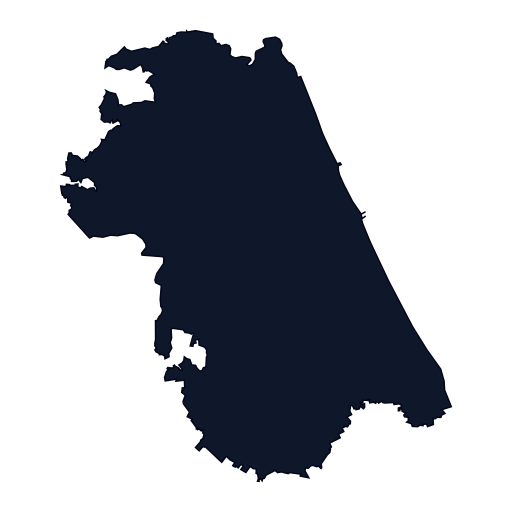 Tuxpan, Veracruz, Mexico (Albers equal-area conic projection)
{"feature_id": "50627088B36827584115772", "entity_name": "Tuxpan", "entity_type": "district", "adm_level": 2, "iso_a3": "MEX", "parent_name": "Mexico", "parent_adm1": "Veracruz", "projection": "albers", "projection_center": [-97.453, 20.934], "detail": "fine", "context": "isolated", "style": "filled", "palette": "ink", "viewbox_px": 512, "rotation_deg": 0, "n_neighbors": 0, "source": "geoboundaries", "source_scale": "gbopen_adm2", "svg_char_len": 5950}
<svg xmlns="http://www.w3.org/2000/svg" viewBox="0 0 512 512"><path d="M451.3,406.7L444.6,390.0L444.1,381.2L440.7,369.1L427.0,350.0L412.5,326.6L388.5,280.8L370.2,242.0L362.7,223.7L361.5,219.2L365.7,216.0L362.2,218.5L361.0,214.4L365.6,211.7L361.3,214.0L360.8,213.5L352.6,201.6L344.2,185.4L339.6,175.2L338.4,170.5L338.3,165.8L341.2,164.5L340.0,162.8L337.2,163.8L329.5,148.7L322.7,133.8L315.7,114.1L300.7,76.5L297.3,77.6L296.6,73.1L293.8,66.2L290.3,63.2L288.2,62.4L281.8,54.1L280.5,49.8L282.0,45.9L281.7,43.3L279.5,39.2L275.4,37.1L265.8,38.6L263.6,39.7L263.1,41.4L265.0,45.8L264.6,47.2L256.3,51.2L255.4,53.1L255.3,59.5L252.4,64.4L249.1,66.0L246.9,64.6L250.9,60.2L250.5,58.4L249.3,57.6L241.9,56.5L235.5,58.0L231.7,56.5L229.9,54.7L230.7,48.8L229.2,45.7L225.9,44.5L220.9,45.7L219.0,43.4L217.0,43.7L215.7,42.9L216.0,41.0L213.1,38.2L212.7,33.9L195.6,30.7L187.5,32.0L186.6,30.9L186.2,32.3L181.4,32.0L177.0,32.8L176.0,35.7L173.4,35.7L172.4,36.8L169.6,37.7L168.9,39.3L167.4,39.4L167.5,37.9L166.3,38.6L166.2,40.4L167.9,41.5L168.4,43.2L167.6,44.1L163.7,42.9L163.9,41.6L163.0,41.2L158.7,46.5L152.6,47.9L149.9,49.4L144.8,48.1L131.5,51.3L126.2,49.2L124.4,46.9L116.9,54.3L111.2,56.3L108.6,59.2L107.0,59.4L106.8,61.3L105.9,61.4L105.0,68.0L108.7,65.6L114.2,67.7L116.1,69.3L119.1,69.5L124.3,67.8L130.3,70.1L133.0,69.3L140.7,64.4L142.4,67.5L143.2,71.9L144.0,71.9L144.9,70.2L146.5,71.0L148.3,70.5L154.5,74.1L149.9,77.0L146.1,82.3L150.6,83.9L151.0,86.3L152.6,87.4L154.7,93.0L154.3,98.9L155.6,102.3L145.0,100.8L141.4,102.5L133.2,102.9L131.7,104.3L123.5,106.7L121.6,104.8L118.5,105.0L117.9,99.5L115.5,93.8L109.4,92.3L105.9,90.5L106.5,91.9L105.9,94.3L103.9,96.8L104.5,98.6L101.2,105.2L99.2,107.3L100.5,109.5L100.0,111.1L102.7,115.1L101.6,115.2L101.1,119.4L104.2,122.1L108.5,121.9L109.5,122.7L110.5,122.7L110.5,121.7L112.3,119.8L113.0,123.1L116.9,121.1L117.4,118.4L118.1,120.6L120.0,122.1L121.1,125.9L117.4,125.7L113.0,128.8L112.4,130.4L110.9,130.1L108.6,131.6L105.2,139.1L105.6,139.9L101.4,139.4L102.0,141.0L99.8,145.6L97.3,148.2L94.6,149.6L92.5,152.6L90.2,151.8L88.5,156.0L85.2,158.3L84.8,159.2L86.5,160.8L84.4,161.7L82.9,159.4L81.1,160.3L80.5,158.7L77.4,156.0L72.5,155.4L71.2,152.9L68.9,153.0L67.6,158.6L68.1,160.9L67.1,162.1L66.2,161.9L66.0,164.2L67.2,165.0L66.3,165.7L66.9,170.0L65.6,172.8L63.8,173.1L63.6,174.2L62.3,174.6L70.2,176.7L70.5,178.8L71.5,179.3L71.5,181.4L76.6,181.3L78.3,179.2L80.9,182.5L82.4,178.5L88.0,177.3L94.6,182.6L94.5,185.3L96.2,186.8L96.8,189.1L96.5,191.1L95.5,190.8L93.9,187.9L90.2,188.1L87.5,189.7L81.6,186.5L80.4,188.3L77.6,186.6L78.0,184.0L75.3,184.3L75.6,185.4L69.4,185.3L69.4,184.6L66.4,184.3L66.1,186.6L60.7,186.0L61.8,193.2L62.4,193.1L62.3,195.1L63.7,195.6L64.1,197.4L65.4,198.3L66.5,197.3L67.7,198.0L67.8,202.2L71.6,203.2L70.6,205.7L71.8,206.9L71.2,209.6L69.2,210.2L69.2,213.0L68.1,214.3L89.5,238.0L93.6,236.1L102.8,237.2L110.6,235.2L117.7,235.7L129.6,233.1L133.4,233.2L135.8,233.8L142.5,238.9L145.8,244.0L146.1,247.4L141.6,253.2L142.0,255.1L163.0,256.7L163.9,258.8L163.5,263.6L156.7,273.7L154.9,280.1L155.7,282.7L161.3,285.4L160.2,299.5L160.9,306.6L161.6,306.5L162.6,310.6L161.2,314.3L159.1,316.5L157.0,320.7L155.5,320.7L155.6,339.7L154.8,343.4L155.0,346.2L156.3,347.8L154.9,349.9L156.1,351.9L159.2,353.4L159.3,354.7L162.0,354.5L164.6,356.0L165.0,358.8L169.1,356.7L168.7,353.5L171.8,348.0L170.2,342.7L171.6,337.8L171.1,329.9L171.7,328.5L173.5,328.4L183.3,329.8L185.0,332.5L189.2,333.0L191.1,334.1L191.6,333.3L193.5,333.8L190.2,345.9L192.9,346.3L193.3,343.7L196.1,342.9L195.2,340.8L195.8,340.0L198.7,339.3L199.1,345.1L204.6,347.1L206.7,350.0L206.4,352.2L207.3,355.1L206.4,357.2L206.0,365.5L205.4,367.2L203.3,367.8L201.9,370.9L199.7,370.9L197.1,368.4L195.5,365.3L191.8,365.0L189.8,359.5L186.8,358.7L184.3,356.8L183.8,360.4L182.3,362.8L178.9,365.0L182.3,369.3L182.0,370.6L179.0,369.4L178.7,368.9L179.5,369.1L178.1,367.6L175.2,366.3L174.5,365.1L173.4,365.7L173.8,367.0L172.5,368.1L167.8,367.5L167.1,368.7L168.5,370.2L166.6,371.3L164.5,377.6L165.2,380.9L176.6,379.1L175.9,381.2L183.9,380.2L184.4,381.1L184.7,387.8L182.3,387.8L181.7,392.5L185.3,395.3L183.1,401.2L183.4,403.7L189.5,412.1L187.2,416.7L192.6,419.3L191.2,420.5L196.3,427.5L196.4,429.0L197.5,428.3L197.7,429.6L199.2,429.0L201.2,430.9L203.1,429.7L202.8,433.0L204.1,434.1L202.9,438.5L200.8,440.1L200.3,441.9L195.5,447.5L199.2,450.8L202.9,446.6L204.4,447.1L204.8,446.3L221.7,462.3L226.5,456.2L229.7,459.6L234.9,462.5L232.7,465.6L234.3,466.7L235.4,467.0L235.9,466.2L238.3,467.8L240.9,464.3L243.3,466.0L240.8,469.5L245.9,472.5L250.1,466.4L253.3,468.7L256.3,468.9L256.1,473.4L257.7,474.1L258.4,478.5L257.5,481.2L259.1,481.3L258.9,480.2L260.4,478.5L262.1,480.8L262.8,478.5L264.3,478.4L266.1,475.1L275.0,470.5L277.6,472.6L281.4,471.9L287.0,473.4L288.7,473.5L289.0,472.5L300.5,474.1L300.3,476.1L308.8,477.8L305.0,470.9L305.4,468.0L308.5,468.2L310.4,466.0L312.8,465.3L316.6,466.7L318.5,466.1L321.0,468.5L321.7,467.7L321.2,463.8L327.4,454.7L329.8,452.5L330.4,449.6L329.4,449.4L331.4,446.9L329.6,443.1L340.2,437.8L338.5,434.2L343.8,431.6L342.1,428.1L344.7,426.8L344.4,426.2L347.6,426.8L349.4,423.7L350.3,423.8L350.5,421.2L346.9,416.9L351.6,414.6L349.8,411.1L350.6,405.5L352.4,405.5L354.1,408.9L355.1,408.3L356.1,408.7L356.0,409.6L359.1,409.0L360.3,406.3L363.5,408.8L364.7,407.1L364.5,403.6L361.1,405.2L361.6,404.1L360.5,403.4L360.8,402.4L362.7,402.8L363.2,400.1L368.5,400.5L368.0,399.3L370.0,399.9L369.1,400.6L369.8,402.9L373.4,402.2L375.7,403.3L376.1,401.8L378.1,402.2L378.6,403.1L381.7,401.2L382.8,402.6L385.1,403.0L393.3,402.5L394.0,404.5L399.2,403.8L401.5,405.2L401.1,407.1L398.4,408.0L398.4,410.8L399.8,410.6L399.8,408.8L400.5,408.1L402.2,410.2L402.0,411.0L405.7,413.3L403.8,415.1L404.5,416.8L408.3,417.3L408.3,420.9L406.7,422.1L411.4,423.7L412.3,426.4L417.6,426.7L419.8,425.3L423.1,425.6L422.8,424.3L426.5,424.1L427.6,426.6L433.4,424.5L433.0,418.5L435.1,418.8L437.2,417.3L440.9,417.4L441.8,414.9L445.0,413.5L441.9,409.6L451.3,406.7Z" fill="#0f172a" stroke="#020617" stroke-width="1.5"/></svg>